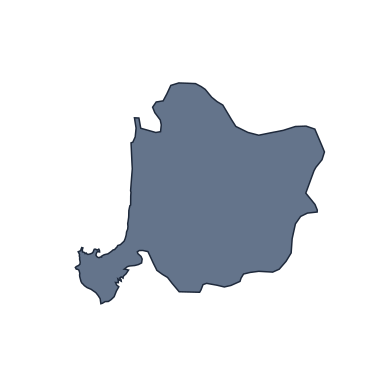 Greenville, Sinoe, Liberia, rotated 66°
{"feature_id": "62588387B68895676065239", "entity_name": "Greenville", "entity_type": "district", "adm_level": 2, "iso_a3": "LBR", "parent_name": "Liberia", "parent_adm1": "Sinoe", "projection": "albers", "projection_center": [-9.039, 5.046], "detail": "fine", "context": "isolated", "style": "filled", "palette": "slate", "viewbox_px": 384, "rotation_deg": 66, "n_neighbors": 0, "source": "geoboundaries", "source_scale": "gbopen_adm2", "svg_char_len": 2711}
<svg xmlns="http://www.w3.org/2000/svg" viewBox="0 0 384 384"><g transform="rotate(66 192 192)"><path d="M122.3,227.7L142.0,235.4L146.5,237.1L154.4,241.4L165.9,247.6L167.5,247.9L170.7,249.6L177.5,252.7L179.0,253.4L179.3,254.4L183.2,257.2L186.3,258.7L187.6,259.3L189.4,260.2L192.9,262.4L194.7,263.6L197.6,264.6L199.8,265.9L201.8,268.0L204.5,269.6L207.3,271.9L209.3,274.0L211.0,278.9L210.7,281.6L211.9,283.2L212.4,284.7L213.1,286.0L213.0,286.9L212.8,287.6L213.3,289.2L213.7,290.8L214.3,294.0L213.7,297.0L213.6,298.3L213.9,300.9L214.6,301.1L214.1,302.3L214.2,303.6L213.3,304.7L212.1,305.3L210.5,305.4L208.5,303.7L208.1,302.5L209.2,300.8L207.8,300.3L206.3,300.4L206.4,301.2L206.4,302.3L205.5,302.9L204.7,303.8L204.6,304.7L205.6,305.7L206.6,306.7L207.2,308.0L207.2,309.9L206.7,312.5L205.6,313.3L204.8,313.4L204.8,314.7L203.8,314.7L203.2,315.2L202.2,316.4L200.0,315.6L198.7,314.4L197.9,315.3L199.0,316.5L200.3,317.6L200.3,318.4L200.3,320.3L203.0,320.1L204.7,321.0L206.1,321.2L207.6,322.0L210.7,322.7L212.4,323.8L213.0,325.7L213.0,327.9L213.5,329.3L215.4,329.1L216.0,328.0L217.4,327.1L219.7,327.4L221.2,327.8L221.9,328.4L223.7,329.0L228.7,329.8L230.6,329.6L231.4,329.2L233.8,328.4L236.7,326.7L239.8,323.8L244.8,320.8L248.2,319.9L252.1,319.3L257.0,320.7L257.2,319.1L256.8,316.0L258.0,312.9L257.4,309.6L256.0,305.7L254.8,304.5L251.7,301.3L248.8,297.4L246.3,298.7L243.5,298.7L244.9,296.2L242.9,295.4L241.3,295.1L243.1,294.1L244.7,292.9L243.3,292.5L241.2,293.1L240.8,291.2L242.6,290.0L241.2,289.2L240.6,287.7L240.0,285.7L237.5,281.7L235.7,284.0L234.9,285.3L233.9,281.4L234.2,279.1L235.9,274.1L236.5,270.4L236.3,266.9L233.0,264.8L230.1,264.8L226.3,266.5L224.4,266.3L224.0,264.0L225.4,260.7L227.5,257.9L228.5,256.5L232.9,256.4L241.4,256.3L245.6,256.1L247.4,256.0L249.2,256.0L255.1,252.6L260.1,249.1L267.5,247.3L269.5,246.7L277.9,244.3L286.7,225.8L285.1,223.6L281.1,219.6L281.2,218.0L281.4,215.8L287.3,207.1L291.9,201.1L293.2,194.5L293.2,184.5L290.7,182.3L287.9,178.3L289.1,171.7L291.6,163.3L297.3,152.2L298.0,150.9L298.0,143.7L293.6,134.3L288.0,126.2L275.6,119.6L273.5,118.1L263.2,110.5L258.5,102.7L258.2,95.2L261.2,85.8L260.4,85.4L259.5,84.9L253.4,84.7L239.3,88.5L222.1,71.8L219.8,68.7L215.4,60.1L209.3,54.7L202.4,54.5L184.5,54.2L178.2,61.0L174.2,70.9L172.8,83.5L171.2,90.6L170.6,93.0L167.6,106.4L167.3,107.9L160.3,116.7L150.9,124.5L149.9,125.3L141.8,126.5L125.1,128.5L119.7,132.3L113.4,135.5L103.6,138.2L99.5,140.7L94.4,144.7L91.0,151.5L87.4,158.9L87.0,159.6L86.0,168.0L92.1,175.0L97.0,181.3L95.2,188.1L98.5,193.5L104.4,193.7L113.3,191.7L118.2,192.8L124.1,196.2L122.9,200.9L112.9,212.9L102.8,210.4L100.8,214.4L110.9,217.1L118.6,221.5L122.4,225.8L122.3,227.7Z" fill="#64748b" stroke="#1e293b" stroke-width="1.5"/></g></svg>